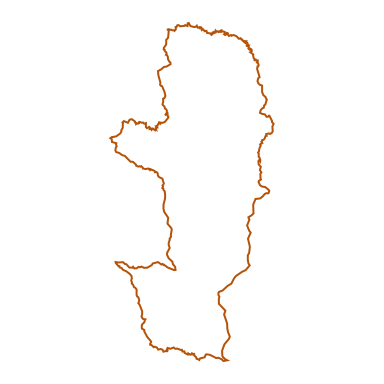 Sotará (Paispamba), Cauca, Colombia
{"feature_id": "7082276B86170920101397", "entity_name": "Sotará (Paispamba)", "entity_type": "district", "adm_level": 2, "iso_a3": "COL", "parent_name": "Colombia", "parent_adm1": "Cauca", "projection": "mercator", "projection_center": [-76.619, 2.224], "detail": "fine", "context": "isolated", "style": "outline", "palette": "amber", "viewbox_px": 384, "rotation_deg": 0, "n_neighbors": 0, "source": "geoboundaries", "source_scale": "gbopen_adm2", "svg_char_len": 5971}
<svg xmlns="http://www.w3.org/2000/svg" viewBox="0 0 384 384"><path d="M249.7,265.4L248.4,263.3L247.8,259.8L247.8,255.3L249.1,253.1L249.9,246.9L248.0,238.7L250.7,232.6L249.2,230.7L247.1,225.5L249.4,219.6L248.4,217.3L251.6,215.3L253.5,213.4L253.2,204.7L255.5,199.0L260.2,198.4L262.5,196.6L264.8,193.9L266.6,193.2L268.4,193.3L269.3,191.0L268.5,189.7L265.3,187.1L262.0,186.5L260.0,185.2L258.6,182.0L258.8,180.9L261.0,179.5L260.5,178.2L260.4,173.7L261.4,172.4L259.9,170.2L260.8,166.7L258.7,164.5L258.4,161.1L259.4,159.8L260.2,161.1L260.3,160.1L259.5,157.6L258.7,156.9L258.7,153.5L258.1,152.5L258.9,151.5L259.6,147.7L260.7,145.9L260.1,144.4L262.3,143.1L261.4,141.8L262.1,141.1L262.2,140.1L263.5,139.8L264.7,138.5L265.5,136.1L266.7,135.8L266.2,134.1L268.7,133.4L270.1,134.0L271.8,132.9L272.7,131.4L272.4,126.5L273.6,123.9L272.0,122.0L272.0,120.9L269.4,115.8L269.1,115.6L268.1,116.7L266.6,116.8L264.9,114.4L261.8,113.8L260.0,112.8L260.6,110.3L262.2,108.4L263.8,107.7L264.1,105.5L265.3,104.6L266.8,99.4L266.0,98.6L265.7,97.2L263.3,95.0L262.1,92.0L262.1,85.6L259.9,84.8L258.4,83.4L257.5,81.1L258.3,78.2L259.6,77.1L257.1,68.9L257.5,66.6L257.9,66.7L258.7,65.2L258.0,63.1L256.9,62.5L257.8,61.1L257.7,60.6L257.1,61.0L255.9,59.7L255.1,60.4L254.6,60.3L254.6,59.1L253.8,58.5L253.1,55.6L253.3,54.5L250.4,52.3L251.3,52.0L251.3,50.8L251.8,50.7L251.4,49.3L250.8,49.0L250.7,50.0L249.5,49.7L248.4,48.4L248.9,47.6L248.5,47.0L248.8,46.0L248.2,46.3L246.7,45.8L246.9,45.1L248.1,45.1L247.2,42.6L246.5,42.4L245.6,43.2L244.4,42.1L245.6,41.2L242.9,40.9L242.6,40.1L241.4,39.5L241.5,38.9L240.4,38.2L238.9,38.8L236.5,36.2L233.5,35.0L231.6,35.7L231.3,35.1L230.5,35.1L229.0,36.0L227.7,34.3L227.9,33.3L226.9,32.8L226.1,33.4L226.5,34.4L225.1,35.0L224.1,34.2L224.9,33.7L224.7,31.9L222.6,31.3L222.1,31.6L221.7,30.6L221.0,31.4L220.8,30.6L219.9,31.1L220.3,32.1L219.9,31.7L218.6,32.1L217.8,31.3L216.8,31.7L215.7,30.6L215.4,32.4L214.6,32.0L214.6,32.7L213.3,33.4L212.9,32.4L212.5,32.5L212.1,33.1L212.7,33.8L211.4,34.9L210.3,33.4L207.0,32.9L206.5,30.9L204.6,31.2L204.5,30.5L203.4,30.0L202.8,29.1L201.8,29.9L201.3,27.4L200.1,27.1L199.7,28.1L199.0,27.4L197.8,27.7L196.8,25.7L195.9,26.7L194.5,27.1L190.5,26.1L188.7,23.0L187.7,23.4L187.5,26.0L185.2,25.1L184.8,25.8L180.1,26.3L178.6,25.1L177.3,25.3L176.4,27.1L175.6,27.1L175.8,29.4L174.5,30.9L173.8,30.2L172.2,30.3L171.0,29.6L169.6,29.9L168.9,29.2L167.7,29.5L167.8,29.9L168.8,30.2L168.1,37.7L166.2,39.9L166.2,44.5L163.8,48.0L163.7,49.4L164.6,49.7L164.8,51.1L166.3,52.4L166.6,53.7L166.0,54.8L167.0,55.2L167.8,56.7L168.1,59.4L169.4,61.8L170.4,62.3L170.6,64.1L166.7,66.5L164.1,66.9L161.1,69.4L158.0,71.1L158.4,75.4L160.4,82.6L160.1,84.8L160.8,85.7L162.1,86.2L164.5,91.9L165.4,95.8L164.5,98.0L163.1,98.7L163.2,101.7L162.5,104.6L164.5,106.6L164.9,108.5L166.0,109.1L166.9,110.6L166.7,112.9L165.5,114.6L165.8,114.9L167.5,113.5L167.8,116.3L168.4,116.8L168.1,117.9L165.0,121.8L162.8,122.8L160.9,122.7L160.5,123.5L159.6,122.3L159.0,122.3L158.6,124.2L157.8,124.4L157.6,125.7L156.0,126.2L157.2,127.6L155.8,128.0L156.2,129.6L155.5,129.1L155.0,130.3L152.9,128.6L152.6,129.0L151.9,128.7L151.5,129.7L150.9,128.9L149.7,129.1L149.9,127.6L149.2,126.9L147.0,128.2L145.9,127.0L145.9,123.1L144.2,123.7L143.2,122.6L141.6,122.7L139.7,121.9L138.9,122.2L139.0,123.2L137.9,123.7L137.0,123.3L136.1,124.0L136.0,122.9L135.1,122.6L135.0,121.5L131.8,119.2L129.6,119.7L127.9,122.8L123.8,121.1L122.5,122.6L122.9,123.1L122.7,127.9L121.3,130.3L121.4,131.7L120.3,133.4L116.2,136.4L111.8,137.1L110.4,138.2L111.7,139.0L112.0,142.0L116.3,143.2L116.0,144.4L116.7,146.3L115.8,147.6L115.4,150.5L116.2,152.1L119.1,152.9L122.1,155.1L124.8,155.9L130.5,161.7L132.9,161.8L136.0,164.6L136.1,165.6L138.1,166.6L139.4,166.2L140.4,166.7L141.2,166.2L142.7,167.5L142.9,168.5L145.8,169.1L147.9,168.5L149.2,169.4L149.8,168.8L150.3,169.0L150.4,170.1L151.4,169.6L154.6,170.9L155.0,172.3L156.5,172.0L157.7,173.3L157.9,175.6L159.1,177.1L162.4,178.7L163.8,183.4L163.2,184.9L162.5,185.4L163.0,186.7L162.3,188.0L163.3,188.6L163.4,189.8L164.7,191.3L165.2,195.5L165.0,198.8L163.5,204.6L163.5,208.8L164.2,211.8L168.2,217.8L167.5,223.7L171.2,228.0L171.8,229.5L170.8,234.9L171.1,236.7L169.6,238.6L169.8,239.7L168.7,242.8L168.7,244.9L169.7,248.0L167.2,252.6L167.0,254.6L168.6,258.2L172.4,261.7L172.8,264.0L175.1,266.8L175.5,270.0L174.2,270.1L167.7,267.5L163.8,264.6L163.4,264.9L162.5,264.0L161.4,264.5L158.0,262.1L152.7,263.5L151.8,265.1L147.2,267.7L143.9,267.8L141.5,266.6L140.0,267.2L138.6,266.9L136.6,268.3L134.2,268.4L133.1,266.8L132.3,267.7L129.3,267.5L126.3,264.2L124.8,263.9L123.0,262.2L118.3,262.5L115.6,262.0L115.7,262.9L118.2,265.9L119.4,266.1L119.5,267.3L121.6,268.0L123.0,269.8L126.3,271.3L129.9,274.0L131.6,276.1L131.8,278.7L131.2,280.4L132.0,282.7L131.8,283.6L133.1,284.8L134.0,287.1L135.3,287.8L136.6,289.5L136.6,295.0L137.2,296.5L138.2,297.1L139.1,299.5L139.2,300.9L138.3,303.1L139.6,304.7L142.2,311.3L142.1,314.7L141.5,316.7L142.8,318.8L145.3,319.4L144.7,320.2L144.4,322.2L142.2,324.3L141.7,326.1L141.9,328.6L144.3,330.0L144.3,331.4L147.2,336.9L150.9,341.2L151.2,342.2L150.2,343.5L150.2,344.8L151.5,345.0L153.7,347.2L154.7,346.7L156.9,347.5L158.2,349.6L160.6,349.0L162.5,349.7L163.5,351.7L165.4,351.1L167.3,351.2L167.6,350.2L166.8,349.6L167.6,347.9L170.3,348.8L173.6,347.5L175.3,348.8L177.5,348.6L180.5,349.9L181.9,349.8L182.4,351.5L184.4,351.4L184.6,352.9L187.9,354.6L188.4,354.5L188.4,353.5L190.3,354.7L190.9,354.7L191.8,353.3L192.7,353.6L193.2,354.6L194.2,354.1L194.5,355.8L196.0,357.0L196.6,358.8L197.2,358.7L199.2,360.0L200.1,358.4L204.6,357.3L205.8,354.6L206.8,354.3L210.1,354.9L216.1,358.0L218.5,357.8L222.0,359.4L222.8,360.6L223.7,361.0L227.2,360.3L225.1,359.2L222.9,356.9L222.3,355.6L222.1,350.7L224.4,344.4L229.2,338.5L229.8,336.5L228.1,332.4L227.3,328.4L227.1,323.4L224.1,314.5L225.4,310.7L218.9,303.8L218.8,299.0L219.4,296.7L218.4,294.9L218.4,293.1L219.0,291.9L222.6,290.5L227.5,286.0L231.4,283.6L233.9,278.7L235.7,276.2L242.2,271.7L245.6,270.2L249.7,265.4Z" fill="none" stroke="#b45309" stroke-width="2"/></svg>